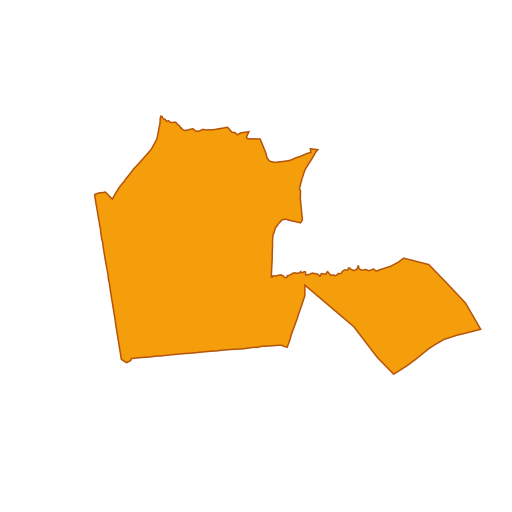 San Lorenzo Albarradas, Oaxaca, Mexico, rotated 333°
{"feature_id": "50627088B11055345087016", "entity_name": "San Lorenzo Albarradas", "entity_type": "district", "adm_level": 2, "iso_a3": "MEX", "parent_name": "Mexico", "parent_adm1": "Oaxaca", "projection": "mercator", "projection_center": [-96.232, 16.89], "detail": "fine", "context": "isolated", "style": "filled", "palette": "amber", "viewbox_px": 512, "rotation_deg": 333, "n_neighbors": 0, "source": "geoboundaries", "source_scale": "gbopen_adm2", "svg_char_len": 4349}
<svg xmlns="http://www.w3.org/2000/svg" viewBox="0 0 512 512"><g transform="rotate(333 256 256)"><path d="M386.6,325.0L379.8,326.1L371.7,326.3L360.9,324.6L359.2,324.2L358.8,324.4L356.5,324.1L355.8,323.3L355.3,321.7L354.6,320.8L352.8,320.8L349.9,320.4L347.7,317.9L345.1,317.2L343.3,316.2L342.1,314.2L342.0,313.1L342.9,311.8L342.3,311.3L341.4,312.4L339.6,313.6L337.6,313.6L336.5,313.3L334.6,311.1L334.1,309.3L332.8,308.7L331.7,310.0L330.9,310.1L328.8,308.7L326.2,308.8L324.2,310.1L323.5,310.2L321.4,308.9L319.4,309.7L318.2,309.5L317.0,309.1L316.5,308.1L313.9,307.1L312.7,302.5L311.7,302.6L310.1,303.7L309.3,303.7L306.7,301.5L306.1,301.4L304.4,302.8L303.7,303.0L303.3,302.7L303.2,300.8L302.0,299.7L301.0,298.6L300.0,298.2L299.3,297.8L298.9,296.9L296.9,296.6L296.3,296.7L293.7,296.3L291.6,295.4L292.8,293.0L292.7,292.3L291.6,291.8L289.8,292.1L288.7,291.0L288.9,290.3L286.1,290.6L285.4,290.5L284.8,290.1L283.6,288.9L282.2,288.6L281.4,288.0L277.8,288.4L275.8,288.1L275.0,287.7L274.1,288.6L273.2,289.1L272.1,288.5L271.6,287.6L271.2,286.0L270.6,285.5L269.9,284.2L266.8,283.2L264.3,282.9L262.8,281.6L262.3,281.5L261.5,281.5L261.4,281.6L261.2,281.5L260.9,282.1L260.1,281.6L267.9,268.0L269.2,265.8L270.6,263.0L275.6,254.0L277.5,250.2L278.1,249.2L280.5,245.1L282.4,243.6L283.7,242.3L285.7,240.0L287.4,239.2L290.1,237.7L291.3,237.2L292.2,236.7L293.6,236.6L294.8,235.8L295.9,235.6L297.0,236.0L298.6,236.5L299.5,236.9L300.1,237.5L301.2,238.7L310.8,246.7L313.8,244.8L321.5,225.1L325.3,218.1L325.0,216.1L332.0,208.1L338.9,201.3L339.2,201.2L345.7,197.2L347.7,196.1L349.1,195.3L354.5,191.8L355.8,190.8L359.3,189.3L353.1,185.1L352.7,185.9L351.9,188.7L351.8,188.8L349.4,188.1L349.0,187.9L343.8,187.5L343.3,187.6L341.9,187.4L339.9,187.3L339.1,187.1L336.9,186.7L334.1,186.5L329.6,186.2L328.6,185.9L327.3,185.5L325.5,184.9L321.8,183.6L318.0,182.1L315.2,181.1L313.1,179.4L311.1,177.5L310.3,173.5L310.4,173.4L311.6,168.6L312.8,153.6L301.6,147.7L301.5,145.6L306.1,142.0L298.4,139.4L294.3,139.5L293.2,136.2L291.5,135.6L290.8,134.8L289.1,128.4L287.6,127.9L286.1,127.5L285.9,127.5L280.5,125.7L279.7,125.4L278.7,125.2L277.8,125.0L277.2,124.7L274.8,123.9L274.1,123.6L272.8,123.0L271.9,122.5L270.6,121.7L270.4,121.6L269.6,121.5L269.3,121.3L267.7,120.3L267.3,120.0L265.9,118.9L264.9,118.9L262.1,119.1L259.5,117.6L259.0,117.5L257.6,114.0L255.7,113.5L253.4,112.9L251.1,112.5L249.1,111.5L248.2,110.5L248.0,109.6L247.6,108.6L247.6,107.9L246.9,107.6L247.0,105.3L246.1,104.0L245.1,100.3L242.4,99.1L241.5,98.8L240.1,97.8L239.5,95.7L237.9,95.7L237.1,94.0L237.1,93.1L236.2,92.3L236.0,92.0L235.5,90.9L235.7,89.1L234.6,88.2L232.9,90.2L231.9,92.2L230.5,94.4L229.5,95.7L228.5,97.0L226.7,99.1L226.1,100.1L221.0,106.5L219.5,107.7L210.9,113.5L200.9,117.5L191.3,121.2L190.8,121.2L188.9,122.2L187.4,122.4L183.0,124.6L178.7,126.6L174.8,128.3L171.8,130.1L170.5,130.4L165.1,132.9L161.6,135.1L160.0,135.9L154.0,140.0L153.8,140.1L153.7,139.9L152.4,135.8L151.9,133.8L150.7,130.5L149.3,130.3L144.5,128.4L140.1,128.0L137.3,136.4L136.8,138.0L134.9,144.3L133.2,149.6L132.3,152.2L131.9,153.8L131.9,154.4L131.8,154.5L130.4,158.3L129.7,161.4L128.8,163.4L128.2,165.0L128.1,165.4L126.3,170.6L126.0,172.1L125.5,174.5L124.1,178.1L121.0,187.7L121.0,187.9L120.2,190.0L119.3,193.2L117.9,197.9L115.6,205.7L115.1,206.6L113.7,210.7L112.9,213.9L112.2,215.7L111.2,219.0L110.9,219.7L110.8,219.8L101.1,250.1L100.1,252.7L89.1,287.0L92.2,292.3L96.9,292.3L98.3,290.9L100.1,291.5L103.4,292.7L106.6,294.0L111.3,295.9L114.6,297.4L116.5,298.1L119.7,299.2L124.0,300.9L123.9,301.0L125.3,301.7L129.2,303.1L135.9,305.6L136.9,306.1L139.6,307.1L148.7,310.8L155.7,313.8L161.4,315.9L167.1,318.2L169.8,319.2L169.9,319.3L172.7,320.4L177.1,322.4L178.1,322.8L178.7,323.0L182.1,324.2L184.1,324.9L185.0,325.4L189.1,327.0L194.0,329.1L201.0,332.3L201.6,332.6L211.4,335.9L211.5,336.0L213.0,336.6L216.4,338.4L217.5,338.3L222.3,339.9L222.8,340.4L226.3,341.9L237.7,346.7L241.4,350.6L242.3,351.5L249.0,345.3L249.3,344.8L251.0,342.9L254.0,340.0L258.6,335.8L264.9,329.9L267.1,327.5L270.2,324.6L271.8,323.1L278.0,317.0L281.4,313.7L284.5,307.8L284.6,307.6L286.3,304.2L311.0,363.2L318.1,401.7L325.0,423.8L340.8,422.3L351.1,420.6L368.1,417.0L375.7,416.2L380.6,416.0L385.2,415.6L387.3,415.9L389.9,416.4L398.7,417.7L403.0,418.8L415.8,421.7L422.9,423.3L421.3,393.1L413.4,365.9L406.1,342.1L386.6,325.0Z" fill="#f59e0b" stroke="#b45309" stroke-width="1.5"/></g></svg>